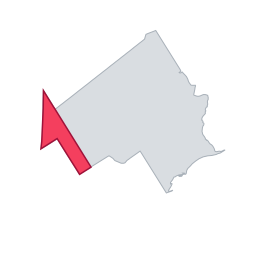 Bir Moghrein, Tiris Zemmour, Mauritania shown in context, rotated 238°
{"feature_id": "47542326B49457561972338", "entity_name": "Bir Moghrein", "entity_type": "district", "adm_level": 2, "iso_a3": "MRT", "parent_name": "Mauritania", "parent_adm1": "Tiris Zemmour", "projection": "mercator", "projection_center": [-8.377, 26.182], "detail": "fine", "context": "in_parent", "style": "filled", "palette": "rose", "viewbox_px": 256, "rotation_deg": 238, "n_neighbors": 0, "source": "geoboundaries", "source_scale": "gbopen_adm2", "svg_char_len": 3383}
<svg xmlns="http://www.w3.org/2000/svg" viewBox="0 0 256 256"><g transform="rotate(238 128 128)"><path d="M111.2,212.1L109.6,211.0L109.0,209.9L108.0,209.1L106.5,208.5L105.6,207.9L105.1,207.2L104.6,206.7L104.0,206.5L104.0,206.2L104.1,205.9L104.0,205.2L103.1,203.7L102.3,203.1L101.6,203.2L101.2,203.0L101.0,202.7L100.9,202.2L100.5,201.8L99.6,201.6L99.0,200.5L98.5,198.5L97.9,197.0L97.1,195.8L96.5,195.4L96.1,195.3L96.0,195.2L95.9,194.8L95.3,194.7L94.4,195.1L93.7,195.0L93.3,194.4L92.8,194.4L92.1,194.8L91.4,194.7L90.6,194.0L90.1,193.3L90.0,192.6L88.6,191.1L85.9,189.0L83.0,188.0L79.9,188.2L78.1,188.1L77.7,187.7L77.3,187.8L76.9,188.2L76.5,188.2L76.0,188.0L75.8,188.2L75.7,188.7L74.5,189.0L72.4,189.0L70.7,189.3L69.4,190.0L67.6,190.3L65.2,190.2L63.7,189.9L63.2,189.6L62.5,189.5L61.7,189.7L60.9,190.7L60.2,192.6L59.6,193.7L59.1,193.9L58.6,195.3L58.4,197.7L57.9,198.7L57.9,192.9L58.6,190.7L58.8,188.8L60.3,184.5L62.1,181.0L63.7,176.4L64.3,171.9L64.1,167.5L63.6,163.5L62.8,160.9L62.0,157.2L60.8,155.2L58.7,153.4L58.2,152.4L58.7,152.0L60.0,151.8L60.8,150.4L59.1,150.9L61.1,146.7L61.7,143.9L61.6,142.0L62.0,140.9L60.5,138.4L59.3,135.2L58.6,134.7L58.0,134.4L58.0,135.2L57.6,135.8L56.9,135.4L55.5,133.1L53.7,129.4L53.0,129.0L52.5,129.5L52.1,130.0L51.5,133.1L51.3,131.9L51.6,130.4L52.1,128.6L52.6,126.1L54.2,126.1L57.0,126.1L62.8,126.1L65.7,126.1L71.4,126.1L74.3,126.1L80.0,126.1L82.9,126.1L88.6,126.1L91.5,126.1L97.3,126.1L100.1,126.1L102.0,126.0L101.9,124.3L101.8,122.8L101.7,120.9L101.6,119.0L101.5,117.1L101.4,115.3L101.3,113.5L101.1,111.9L101.1,110.4L100.9,109.5L100.3,107.7L100.1,106.9L100.3,106.0L100.7,105.1L101.8,103.5L103.5,102.3L105.5,100.9L107.0,99.8L107.8,99.5L110.1,99.2L111.9,98.4L113.7,97.6L114.5,97.1L114.6,95.6L114.6,62.3L123.4,62.3L125.8,62.3L142.1,62.3L144.4,62.3L156.3,62.3L156.3,60.7L156.3,58.4L156.3,55.3L156.3,52.1L156.3,46.5L156.3,44.2L158.7,45.7L163.4,48.8L165.7,50.4L170.4,53.5L175.2,56.6L179.9,59.7L182.2,61.2L184.6,62.8L186.9,64.3L189.3,65.9L194.0,68.9L196.0,70.2L199.0,72.3L201.8,74.2L204.7,76.1L200.3,76.1L194.4,76.1L190.4,76.2L186.3,76.2L182.5,76.2L182.8,79.3L183.2,82.7L183.5,86.2L183.9,89.6L184.2,93.0L185.3,103.2L185.7,106.5L186.0,109.9L186.4,113.3L186.7,116.6L187.5,123.4L187.8,126.7L188.2,130.0L188.5,133.4L188.9,136.7L189.2,140.0L190.0,146.7L190.3,150.0L190.7,153.3L191.0,156.6L191.4,159.9L191.7,163.1L192.1,166.4L192.4,169.7L193.2,176.3L193.5,179.5L193.9,182.8L194.2,186.0L194.6,189.2L196.1,190.8L197.9,192.9L197.4,195.9L196.7,199.4L196.0,203.2L190.8,203.2L185.7,203.2L172.9,203.2L170.4,203.2L157.6,203.2L155.1,203.2L150.1,203.2L148.7,203.1L148.1,202.8L148.0,200.8L147.5,200.9L147.0,201.5L146.7,202.1L146.8,203.0L146.7,203.7L145.1,203.9L142.9,204.4L140.6,204.8L138.2,204.6L137.4,204.5L136.5,204.2L134.7,203.9L133.6,203.9L132.5,204.0L131.1,204.1L130.6,204.5L129.6,206.0L128.6,207.7L127.9,207.6L127.2,206.7L125.2,205.0L122.7,202.6L121.6,201.5L121.0,201.3L119.8,202.2L118.8,203.0L117.8,204.1L117.3,205.2L116.9,206.4L116.7,207.9L116.4,209.7L115.5,211.1L114.5,212.1L113.7,212.6L113.5,212.9L111.2,212.1ZM60.0,147.8L59.2,149.1L58.8,148.6L58.7,147.8L59.4,146.5L59.7,145.9L60.3,145.7L60.0,147.8Z" fill="#d9dde1" stroke="#a8b0b8" stroke-width="1"/><path d="M182.7,76.1L185.5,76.0L204.5,76.1L189.7,66.6L175.6,56.9L162.4,47.8L156.5,43.1L156.6,62.3L139.4,62.3L117.6,62.4L114.3,62.4L114.4,75.9L182.7,76.1Z" fill="#f43f5e" stroke="#9f1239" stroke-width="1.5"/></g></svg>